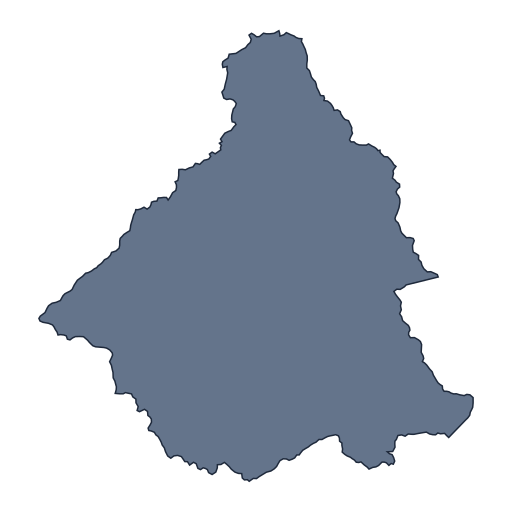 Piranhas, Goiás, Brazil (orthographic projection)
{"feature_id": "56859067B20057747391561", "entity_name": "Piranhas", "entity_type": "district", "adm_level": 2, "iso_a3": "BRA", "parent_name": "Brazil", "parent_adm1": "Goiás", "projection": "orthographic", "projection_center": [-51.838, -16.371], "detail": "fine", "context": "isolated", "style": "filled", "palette": "slate", "viewbox_px": 512, "rotation_deg": 0, "n_neighbors": 0, "source": "geoboundaries", "source_scale": "gbopen_adm2", "svg_char_len": 6020}
<svg xmlns="http://www.w3.org/2000/svg" viewBox="0 0 512 512"><path d="M278.9,30.7L274.2,33.3L269.9,33.8L266.4,33.8L263.5,33.2L259.4,36.6L256.6,36.8L254.1,34.8L251.5,33.3L249.0,35.1L251.2,39.3L250.3,42.5L247.9,44.6L245.6,47.7L241.8,49.6L238.9,51.5L236.0,53.4L229.2,54.2L228.1,58.1L224.6,60.3L222.8,61.8L222.3,64.2L222.9,67.5L227.1,66.5L226.9,69.5L227.7,72.8L227.1,76.4L226.6,79.3L225.4,83.7L224.2,89.2L221.9,92.1L222.7,94.6L223.8,98.1L226.6,99.5L230.0,98.9L232.9,99.8L234.7,101.3L236.3,103.6L235.3,106.6L233.3,109.0L232.7,111.5L231.8,115.1L231.6,118.8L232.2,121.8L234.8,122.4L236.0,124.6L233.9,126.7L231.2,130.4L228.3,131.5L224.8,133.2L222.6,136.2L220.5,139.1L222.0,141.7L219.4,143.2L221.4,145.4L220.4,147.6L220.8,149.9L217.5,152.2L215.2,153.8L212.1,152.1L209.4,154.1L210.7,156.4L208.8,159.0L206.3,159.8L204.1,160.2L201.8,162.3L199.7,164.4L197.6,163.7L195.4,163.4L193.0,166.9L189.3,167.9L185.4,169.8L182.2,169.3L178.9,169.5L178.7,172.0L178.7,175.5L178.3,178.3L177.8,180.5L175.1,181.8L176.4,184.7L176.5,187.4L175.8,190.5L172.6,192.7L170.3,197.0L168.1,200.0L166.5,197.5L163.7,197.4L160.8,197.8L158.2,197.9L156.9,201.1L153.9,201.3L151.5,202.2L151.0,204.6L149.9,207.0L147.1,209.1L144.0,207.2L140.8,208.9L137.9,209.7L135.8,209.6L135.2,212.2L133.7,214.8L132.3,220.0L131.5,222.5L130.7,225.3L130.4,227.8L129.8,230.7L126.8,232.5L123.8,234.5L122.4,236.2L120.2,238.4L119.7,241.1L119.7,245.2L119.1,248.1L115.9,251.0L111.6,252.4L110.3,255.4L107.7,258.2L104.5,259.7L102.4,262.4L100.7,264.0L98.2,265.7L96.7,267.7L94.3,268.8L91.5,271.0L88.3,272.6L85.6,273.2L82.5,276.4L79.5,278.6L77.4,280.2L74.3,284.9L72.1,289.5L70.1,291.1L65.1,293.6L63.1,295.6L61.9,297.7L60.4,300.5L56.2,302.3L52.1,303.2L48.6,305.7L47.1,308.2L45.0,312.6L40.3,316.1L38.9,318.4L40.0,321.0L43.0,322.3L48.5,323.3L52.5,324.9L54.0,326.9L55.4,329.6L57.1,332.1L58.0,335.0L60.6,334.6L63.9,335.0L66.3,335.9L67.4,339.2L70.0,339.9L72.6,337.9L75.4,336.6L80.0,336.5L83.5,336.7L87.6,340.2L89.3,342.3L91.1,344.1L92.9,345.8L95.6,346.8L103.9,347.5L106.6,348.1L109.7,349.9L112.2,352.8L112.6,355.1L111.3,358.2L109.6,361.7L111.4,365.3L112.2,369.2L113.0,372.4L113.1,375.6L113.2,377.9L114.9,381.1L115.6,383.9L116.4,386.8L116.2,389.8L115.2,393.4L119.9,393.8L123.2,393.8L125.4,392.6L128.6,393.3L131.5,393.9L132.8,396.9L135.9,399.1L136.0,402.8L138.2,406.6L137.1,410.5L139.5,411.7L144.5,409.3L147.5,411.4L147.9,415.5L149.8,416.9L151.3,419.0L151.5,422.2L150.1,424.9L148.1,428.1L148.8,430.5L151.3,431.0L154.4,432.3L155.9,434.9L158.1,436.5L159.9,439.6L161.2,442.1L162.2,445.0L164.3,447.8L165.5,451.6L167.7,456.0L170.8,458.2L173.9,455.9L177.6,455.4L181.4,456.6L183.0,458.9L184.8,461.6L187.5,461.7L189.6,465.1L193.5,462.3L196.2,463.7L197.9,468.4L200.5,469.6L203.2,467.8L205.5,468.5L207.4,469.6L208.6,472.6L212.1,474.5L215.8,472.1L217.3,467.9L217.4,464.7L220.9,464.5L224.4,462.4L226.6,464.2L229.4,466.8L231.2,469.1L234.9,472.1L238.4,473.4L241.7,473.6L242.3,478.0L244.4,479.9L247.4,479.7L249.2,481.3L253.3,478.4L256.5,478.6L259.0,476.7L261.8,475.0L266.4,472.2L270.9,471.0L274.3,468.8L276.6,466.5L278.1,463.7L279.9,460.7L283.2,458.8L286.5,459.0L289.1,460.3L292.2,459.2L294.7,457.9L296.7,455.0L299.2,454.9L300.6,452.9L302.7,450.3L305.6,448.5L308.4,446.9L310.4,445.2L313.3,443.4L316.0,442.2L318.9,439.5L322.0,439.5L324.8,437.9L327.6,436.5L329.9,435.9L332.5,435.4L335.7,434.7L338.4,435.8L339.4,438.0L339.6,441.2L341.9,443.0L341.9,445.3L342.6,449.0L342.2,452.1L344.7,454.3L347.1,455.9L350.5,457.3L352.1,458.6L354.5,460.1L356.2,462.2L358.7,462.5L361.0,461.9L364.2,464.9L367.2,467.1L369.0,469.1L372.7,467.4L375.9,466.9L378.6,465.5L382.0,462.1L384.3,462.1L386.4,462.8L388.9,465.4L391.1,463.5L393.3,464.2L394.7,461.1L393.6,457.5L392.1,454.6L389.4,453.7L387.3,451.8L392.7,451.5L395.0,447.2L394.8,444.0L394.9,441.2L396.4,439.4L397.9,435.5L401.6,434.9L405.1,436.2L408.2,434.0L411.8,434.3L414.0,434.3L418.0,433.5L421.5,432.9L426.4,432.1L429.6,434.0L432.8,434.7L435.6,434.8L437.8,433.0L440.5,433.8L444.6,433.4L446.7,435.6L448.7,437.5L465.7,419.9L467.6,418.1L469.7,415.3L470.3,412.2L471.6,409.7L472.7,407.3L473.1,403.0L473.1,400.2L473.1,397.6L469.9,394.8L466.8,394.4L464.2,395.6L459.7,394.8L456.5,393.8L453.6,393.9L450.9,393.0L449.0,391.8L446.7,391.3L444.1,391.3L442.6,389.1L442.3,385.9L440.0,384.5L438.1,382.9L436.5,380.5L435.0,377.9L433.4,375.2L432.2,371.8L429.6,369.0L426.6,364.9L424.5,362.9L422.4,361.6L423.7,358.5L423.1,355.9L421.2,352.3L421.4,348.3L421.6,344.6L420.4,341.5L418.4,339.8L414.5,337.6L410.4,337.7L408.6,334.9L408.7,332.3L409.9,330.2L409.5,327.7L408.3,325.4L405.4,323.1L402.6,320.6L401.6,316.7L399.6,313.8L401.3,309.8L400.5,305.9L401.3,302.2L399.9,299.9L397.3,296.7L395.4,294.1L393.9,291.4L396.8,289.2L400.2,289.4L404.4,286.8L406.2,284.9L438.2,277.0L437.3,274.6L434.7,273.4L430.8,271.7L427.3,271.9L423.8,268.7L421.9,265.3L421.1,262.0L418.5,259.4L418.6,255.4L415.8,253.5L413.3,252.2L412.7,249.3L412.5,245.4L414.2,240.7L413.2,238.5L410.1,237.6L406.4,237.7L401.9,233.2L400.7,230.9L399.9,227.1L398.1,222.9L395.7,220.7L395.0,218.5L395.7,216.0L396.9,213.7L399.0,207.7L399.9,202.6L399.8,198.8L398.4,195.7L396.8,193.9L396.1,191.8L397.5,189.0L399.7,187.1L399.5,184.1L396.4,182.2L395.0,180.2L392.4,178.2L392.9,176.0L393.5,173.5L393.0,170.8L394.2,168.9L396.0,166.4L393.7,164.6L392.5,162.4L390.2,159.5L387.6,156.9L384.1,156.6L381.9,154.4L380.1,152.5L380.0,150.2L377.9,150.6L376.6,148.8L374.6,147.3L371.9,146.0L368.5,143.9L366.4,145.1L362.9,145.1L359.2,144.9L356.2,143.8L354.0,141.9L351.0,141.9L349.5,139.9L350.6,137.0L352.5,133.3L351.6,130.4L351.8,127.8L350.4,124.7L348.5,120.7L345.1,119.6L343.3,117.8L340.9,114.0L340.2,111.6L337.5,109.9L334.1,110.4L333.3,107.8L332.0,105.5L330.5,103.4L327.5,101.1L323.9,100.5L324.5,98.2L323.7,95.8L320.5,95.5L318.6,91.0L316.7,87.3L316.2,84.2L315.2,81.5L313.4,79.7L311.4,77.1L310.5,73.9L309.4,70.6L306.8,68.0L306.8,63.8L307.3,60.1L307.2,55.9L306.1,52.6L305.3,49.4L303.8,46.3L302.8,44.0L301.4,41.6L301.9,38.7L298.7,38.5L295.9,37.4L294.1,36.0L290.7,34.7L288.5,33.6L286.3,32.6L284.0,34.7L280.0,36.1L279.7,33.5L278.9,30.7Z" fill="#64748b" stroke="#1e293b" stroke-width="1.5"/></svg>